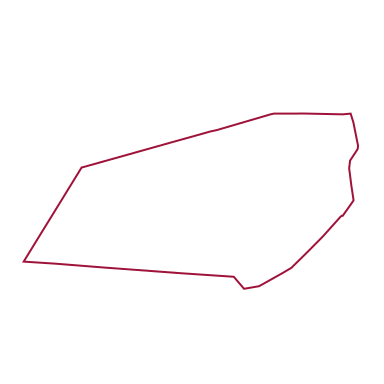 Reifi Shamal Ad Delta, Kassala, Sudan, rotated 275°
{"feature_id": "16777658B72922457996803", "entity_name": "Reifi Shamal Ad Delta", "entity_type": "district", "adm_level": 2, "iso_a3": "SDN", "parent_name": "Sudan", "parent_adm1": "Kassala", "projection": "robinson", "projection_center": [35.98, 16.599], "detail": "fine", "context": "isolated", "style": "outline", "palette": "rose", "viewbox_px": 384, "rotation_deg": 275, "n_neighbors": 0, "source": "geoboundaries", "source_scale": "gbopen_adm2", "svg_char_len": 687}
<svg xmlns="http://www.w3.org/2000/svg" viewBox="0 0 384 384"><g transform="rotate(275 192 192)"><path d="M100.1,252.3L100.2,252.6L101.6,257.9L104.0,267.0L119.3,289.5L125.2,297.7L126.4,298.7L142.0,312.0L159.2,326.3L180.0,341.9L181.3,343.1L181.4,344.2L197.5,353.6L198.6,353.5L212.2,350.2L225.6,347.3L229.3,346.5L236.2,346.7L237.0,346.7L246.8,352.0L249.3,353.3L252.5,353.4L275.4,346.7L283.9,343.2L282.5,335.4L280.0,297.7L277.2,266.7L276.3,263.7L255.7,210.9L254.0,205.3L240.0,168.1L233.9,152.0L206.8,80.1L206.8,79.9L154.1,53.5L137.8,45.3L108.0,30.4L108.1,35.6L108.7,62.5L109.1,112.6L110.1,187.2L111.2,241.0L100.1,252.3L100.1,252.3Z" fill="none" stroke="#9f1239" stroke-width="2"/></g></svg>